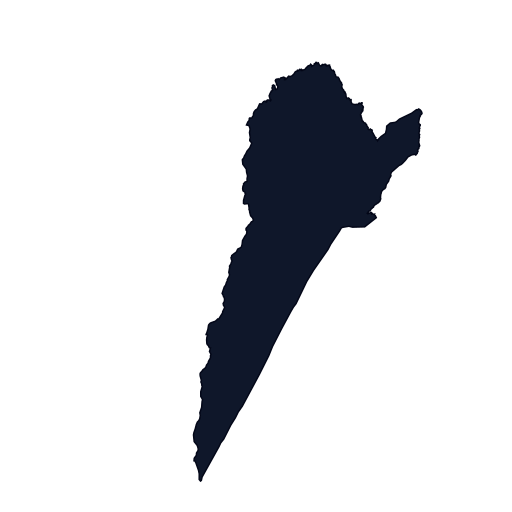 Banda, Brong Ahafo, Ghana (Equal Earth projection), rotated 216°
{"feature_id": "2480657B21856882152043", "entity_name": "Banda", "entity_type": "district", "adm_level": 2, "iso_a3": "GHA", "parent_name": "Ghana", "parent_adm1": "Brong Ahafo", "projection": "equal_earth", "projection_center": [-2.367, 8.353], "detail": "fine", "context": "isolated", "style": "filled", "palette": "ink", "viewbox_px": 512, "rotation_deg": 216, "n_neighbors": 0, "source": "geoboundaries", "source_scale": "gbopen_adm2", "svg_char_len": 6143}
<svg xmlns="http://www.w3.org/2000/svg" viewBox="0 0 512 512"><g transform="rotate(216 256 256)"><path d="M342.3,363.4L341.2,361.6L341.4,359.8L340.7,356.4L338.3,357.4L335.4,355.3L333.8,352.0L330.1,348.3L329.6,346.8L328.8,345.6L326.1,345.0L325.7,344.5L324.6,339.8L324.9,335.6L324.3,332.5L324.2,330.3L323.5,327.9L323.7,326.4L323.6,325.8L320.6,322.5L314.9,320.6L312.9,318.3L309.9,315.8L308.7,313.3L307.0,311.0L308.3,309.5L308.5,307.0L307.6,306.1L307.7,305.0L306.3,302.5L304.8,301.1L302.3,301.1L301.5,300.1L300.9,300.1L300.5,298.2L298.8,293.7L297.0,291.2L295.9,291.3L293.5,293.5L292.5,293.5L289.6,290.6L289.2,289.7L287.5,288.6L287.1,287.9L284.0,285.4L281.1,284.8L279.3,283.6L279.1,282.8L279.2,281.7L279.8,281.0L279.7,278.0L280.2,276.4L280.0,275.5L280.3,272.5L279.6,272.1L279.5,271.2L278.5,271.0L277.7,270.4L276.8,268.7L276.5,267.8L276.6,265.6L276.0,260.6L274.1,257.3L273.2,254.9L273.3,253.7L274.8,251.0L274.6,249.2L274.2,248.9L274.4,247.0L275.1,245.1L275.9,242.1L275.2,240.7L275.3,240.1L274.2,239.0L272.2,237.7L272.3,236.7L271.6,234.8L271.5,232.2L270.8,231.7L268.4,226.8L266.6,225.5L265.8,224.0L265.3,220.0L264.6,219.2L264.4,217.3L263.5,214.7L263.5,212.3L261.4,205.8L259.6,205.0L258.2,203.9L257.6,204.1L255.8,202.2L254.9,200.6L254.7,198.3L253.2,196.9L251.9,196.5L251.0,195.7L250.3,191.5L249.6,190.3L249.1,183.0L249.9,182.7L250.5,179.4L253.2,175.5L253.6,174.6L253.8,172.9L253.7,172.1L251.8,168.4L250.5,164.5L250.4,163.5L250.2,163.1L248.9,163.7L248.5,163.2L248.0,161.4L246.6,159.0L244.4,156.4L243.4,155.7L241.9,155.5L239.9,154.4L238.8,154.9L237.5,151.4L234.6,150.0L234.2,148.5L233.2,147.3L232.9,146.4L232.5,142.8L231.8,141.2L231.9,138.6L231.3,137.0L231.3,135.2L232.1,132.8L232.0,130.7L232.3,129.0L232.0,127.8L230.7,126.2L227.1,123.3L226.5,121.7L224.9,120.8L223.7,119.4L222.8,118.9L220.9,113.7L218.1,109.9L215.1,108.6L214.6,107.9L214.1,106.6L211.0,101.6L209.3,96.2L207.3,94.2L205.9,91.3L205.5,89.3L205.8,87.2L205.2,84.6L203.5,80.3L202.4,76.6L201.4,74.5L196.9,69.5L192.2,68.2L190.0,66.6L188.6,64.9L188.3,61.6L187.1,59.7L187.1,56.1L185.8,53.9L185.2,54.3L183.3,53.5L176.5,48.8L173.9,46.4L170.6,41.8L168.6,41.3L168.3,42.3L169.7,45.5L173.9,80.0L174.7,84.0L174.5,88.8L177.0,104.3L177.6,113.0L178.7,119.4L178.8,126.4L183.7,162.2L187.1,182.9L189.5,192.6L192.6,212.5L195.2,231.7L195.7,236.6L195.6,240.9L200.0,265.2L201.1,278.4L201.6,303.5L202.5,309.3L203.1,325.1L203.5,328.9L202.8,330.1L198.3,334.7L195.0,336.0L185.2,343.5L181.2,357.7L181.8,358.1L182.5,358.1L183.0,358.7L184.4,358.8L184.7,359.5L185.2,358.7L186.6,358.8L186.7,358.2L187.0,357.9L187.8,358.9L188.3,359.0L189.1,358.5L189.2,357.4L190.0,356.9L190.2,355.9L191.1,355.9L191.1,358.4L190.3,359.9L190.5,361.7L190.1,363.0L190.2,363.5L189.7,364.5L190.1,366.0L189.9,367.1L189.0,369.3L189.0,370.0L188.5,370.5L188.0,373.1L188.7,375.6L189.6,376.4L191.2,379.0L191.9,381.1L192.4,381.5L192.1,384.7L191.4,386.1L191.4,387.7L192.7,390.5L192.7,394.4L193.6,396.8L193.9,400.2L194.3,400.3L195.3,401.6L195.7,403.6L193.5,413.3L192.5,415.1L192.0,416.9L191.4,421.4L191.3,425.5L189.5,429.3L187.3,431.6L186.2,431.5L186.0,431.8L186.1,432.4L185.9,433.8L186.5,434.8L186.3,435.6L187.8,437.2L187.4,438.6L188.1,439.3L188.1,440.3L188.7,440.9L188.4,441.4L191.1,443.5L192.2,445.5L193.0,446.4L193.4,448.0L194.6,449.2L195.0,450.5L196.4,450.9L197.2,453.2L198.5,454.8L198.5,455.4L199.0,455.4L199.5,456.1L199.4,456.6L200.1,457.7L199.9,458.2L200.4,458.8L201.4,458.6L202.9,459.5L205.1,464.0L205.3,465.5L205.6,465.5L205.8,466.0L205.4,468.1L205.6,469.1L207.2,470.2L209.0,470.7L210.8,470.6L211.3,469.2L212.2,468.7L214.0,463.0L220.4,451.1L221.2,447.5L221.9,446.0L225.5,442.5L226.6,437.9L224.8,435.0L223.3,431.3L225.0,426.3L225.6,422.7L225.4,420.7L226.3,421.2L227.1,420.8L227.9,421.0L228.2,421.2L228.5,422.2L229.4,422.1L233.9,424.3L235.2,424.5L235.4,425.5L236.5,426.2L237.6,425.7L238.0,425.9L238.2,425.1L238.6,425.2L239.2,424.5L240.0,424.5L240.6,425.7L242.7,426.4L243.9,427.3L244.7,427.3L245.5,427.8L247.1,427.3L248.6,427.9L249.0,427.4L252.3,430.2L253.1,430.2L253.2,431.1L254.0,431.2L254.7,432.0L254.7,433.0L255.3,433.9L254.9,434.5L255.1,435.2L254.9,436.2L255.5,437.2L256.0,436.8L256.3,438.9L256.8,438.9L257.0,439.8L259.8,440.7L260.0,442.2L260.2,442.3L260.8,441.9L260.9,441.1L260.6,440.9L261.6,440.2L262.1,440.5L262.6,439.9L262.5,439.3L262.9,438.5L262.7,438.2L264.2,437.6L264.5,436.9L267.5,435.5L269.6,436.5L271.0,438.4L271.3,438.2L271.4,437.4L273.0,438.2L273.2,437.8L274.3,438.1L275.0,436.8L276.8,437.9L278.5,439.8L279.4,440.3L279.8,440.1L280.1,440.7L280.7,440.4L281.0,441.1L281.7,441.0L282.7,441.8L283.7,441.8L285.3,442.7L285.7,442.5L287.1,445.3L288.3,445.7L288.4,446.2L291.4,447.2L293.0,448.3L294.7,448.9L296.3,448.0L296.8,448.1L298.3,449.3L299.0,449.4L301.0,451.2L301.9,451.0L302.3,451.7L302.8,451.7L303.5,450.9L304.1,450.8L306.0,451.6L307.1,452.6L307.5,452.4L308.7,453.7L309.3,453.3L309.6,452.1L310.2,452.2L310.7,451.2L311.2,451.1L311.7,451.9L312.2,452.0L312.5,451.5L312.9,451.7L314.0,450.3L314.9,450.0L315.0,449.1L314.4,449.2L314.9,447.9L315.4,447.6L317.2,447.8L319.0,448.9L319.4,447.9L320.7,448.3L320.9,448.1L320.7,447.3L321.3,447.5L321.3,446.7L321.7,445.9L321.3,445.8L321.4,444.5L322.4,442.2L322.8,443.0L324.5,443.3L324.4,442.1L325.6,440.4L326.1,437.1L326.0,435.8L327.0,434.4L327.1,433.7L327.7,433.1L328.1,433.6L328.6,433.0L328.8,433.2L328.8,432.6L329.8,432.9L330.0,432.6L330.3,432.7L330.9,430.3L331.7,430.5L331.6,429.4L332.3,428.6L332.5,427.8L332.3,425.7L332.8,422.8L333.8,421.3L335.3,420.7L335.7,416.2L336.6,415.4L337.2,416.0L337.1,417.2L338.7,417.0L340.7,414.5L340.9,412.4L342.3,412.4L342.5,411.6L343.3,411.2L343.7,410.4L343.5,409.3L343.2,409.0L340.6,407.5L340.2,406.8L338.1,406.1L337.5,405.3L337.2,403.3L337.7,402.3L338.1,402.2L341.0,404.8L342.5,404.6L342.9,403.6L342.0,402.4L341.9,401.4L340.0,399.9L340.6,398.1L340.3,397.8L340.2,395.9L339.5,393.3L337.5,391.7L335.8,391.2L335.4,390.4L335.5,389.9L336.9,390.0L338.5,388.9L338.6,387.9L338.0,387.3L337.9,386.7L338.1,386.4L339.6,386.7L340.0,386.3L340.6,385.3L340.7,382.4L342.5,381.2L341.5,376.6L341.6,374.8L342.2,374.0L342.3,371.6L341.8,369.8L340.7,368.2L340.6,367.4L340.8,366.8L340.4,365.7L340.7,365.0L342.2,364.0L342.3,363.4Z" fill="#0f172a" stroke="#020617" stroke-width="1.5"/></g></svg>